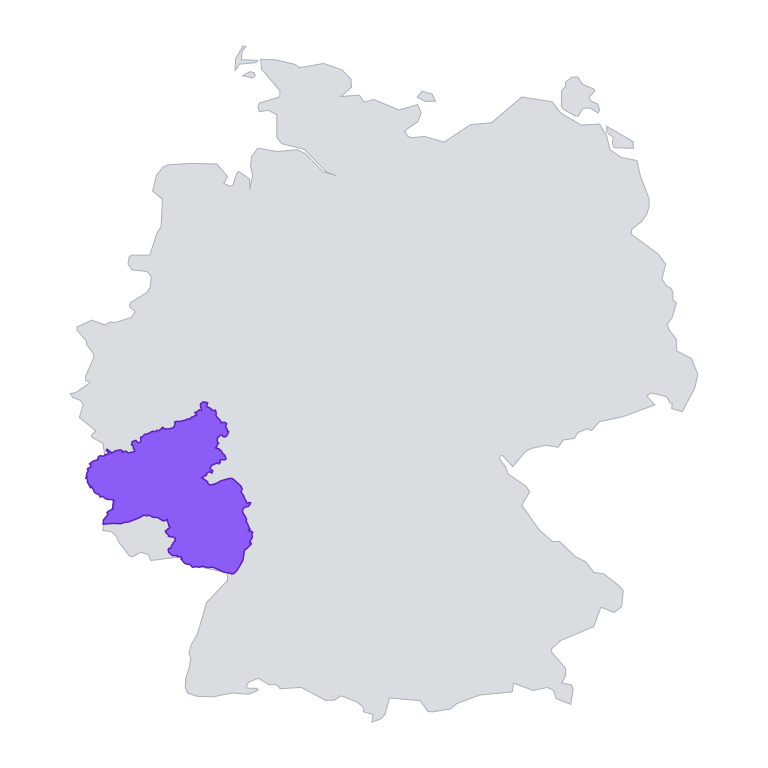 Rheinland-Pfalz highlighted on a map of Germany
{"feature_id": "DEU-1580", "entity_name": "Rheinland-Pfalz", "entity_type": "State", "adm_level": 1, "iso_a3": "DEU", "parent_name": "Germany", "parent_adm1": "", "projection": "robinson", "projection_center": [7.376, 49.945], "detail": "fine", "context": "in_parent", "style": "filled", "palette": "violet", "viewbox_px": 768, "rotation_deg": 0, "n_neighbors": 0, "source": "natural_earth", "source_scale": "10m", "svg_char_len": 9627}
<svg xmlns="http://www.w3.org/2000/svg" viewBox="0 0 768 768"><path d="M325.4,700.3L301.3,687.4L280.1,688.7L276.5,684.5L269.3,684.8L258.4,678.2L248.8,682.1L246.5,685.9L247.2,688.1L257.0,688.4L258.3,690.3L248.4,694.3L232.2,693.0L213.1,696.8L197.0,696.3L187.7,693.1L185.2,687.1L185.8,678.4L189.6,666.7L190.7,658.2L189.0,652.8L191.2,644.6L197.5,633.8L206.6,602.5L227.6,580.4L227.2,572.7L190.8,565.0L184.8,562.8L179.6,557.0L150.8,560.5L148.4,554.6L140.7,552.2L132.7,556.8L129.9,556.3L118.7,542.3L116.0,535.7L110.7,531.4L102.8,530.6L105.2,517.6L112.7,508.1L112.9,500.1L96.9,493.6L88.8,484.7L86.8,474.3L91.5,462.3L104.6,455.1L103.1,443.4L91.9,437.3L91.2,435.3L95.9,430.9L79.4,417.6L83.2,404.3L80.4,400.4L72.7,397.5L70.2,393.5L75.8,392.6L89.0,383.4L89.5,381.9L85.7,380.6L85.3,376.8L93.9,357.3L93.5,353.9L86.6,344.4L86.5,341.1L77.0,330.3L77.0,326.9L92.0,320.1L104.8,325.0L109.6,322.1L115.9,322.4L131.2,317.5L135.3,311.6L129.4,306.7L130.1,302.9L147.3,292.1L150.2,286.9L151.3,277.0L149.0,273.7L146.7,271.5L131.8,269.8L128.0,264.1L129.3,256.5L131.9,255.1L149.8,255.2L156.9,233.3L161.1,226.5L162.4,199.2L152.7,191.1L156.3,175.5L163.0,167.1L168.3,164.8L191.4,163.4L217.0,164.0L227.6,176.7L223.7,183.2L230.0,186.3L232.9,185.1L236.7,173.2L238.8,171.3L249.6,179.2L249.8,189.6L252.6,175.5L250.4,165.7L251.8,156.2L257.8,148.1L276.6,151.5L297.2,149.7L305.1,153.4L323.0,171.8L336.4,175.7L326.1,171.8L304.4,149.4L281.9,143.7L276.8,137.3L276.8,114.8L268.4,110.3L259.3,111.8L258.0,106.7L259.4,103.0L279.7,96.9L280.0,90.8L261.5,69.0L260.6,59.3L276.1,59.9L295.0,64.4L299.6,67.6L323.6,63.5L342.1,69.9L350.9,79.1L351.5,87.1L340.9,96.5L359.3,95.1L364.0,102.0L373.9,99.5L398.9,110.0L417.6,104.6L421.2,113.1L417.7,121.7L404.6,130.8L407.7,136.4L411.9,137.7L424.4,136.5L444.3,142.1L470.5,124.7L491.5,122.8L521.8,97.0L552.2,101.8L560.6,112.9L581.1,125.1L599.6,124.1L606.6,135.6L610.1,149.9L621.1,157.4L636.9,160.6L640.3,175.6L649.1,199.1L649.1,206.4L646.6,214.5L641.8,221.3L631.7,229.4L631.2,234.1L658.2,254.1L665.7,264.2L662.0,278.8L666.4,285.9L670.9,288.3L672.8,291.9L673.1,300.3L676.5,302.8L671.9,318.1L667.2,324.3L668.9,329.6L676.2,339.0L676.7,350.9L691.5,358.6L697.8,374.3L694.8,387.9L682.3,411.8L671.7,408.6L672.2,403.5L670.2,403.1L666.5,396.6L650.8,392.9L646.6,396.0L654.7,404.9L622.9,416.7L599.6,421.6L591.6,430.5L587.3,428.8L578.0,432.6L574.3,438.4L563.0,440.1L558.2,447.3L545.9,445.2L531.1,448.5L524.6,452.2L512.9,466.7L502.7,455.6L500.3,455.6L499.7,459.2L505.8,467.2L508.3,474.0L525.9,486.3L529.8,491.6L521.8,505.3L539.2,529.8L552.1,541.4L559.3,541.3L575.3,556.5L585.7,561.8L593.9,572.4L604.1,574.0L620.0,586.6L623.3,590.9L621.7,606.7L614.2,612.4L600.9,607.2L593.7,626.6L560.7,640.5L551.4,649.0L551.4,651.8L565.4,668.1L565.7,675.4L561.9,682.9L571.5,685.0L573.1,688.8L570.8,704.4L556.2,698.7L553.3,690.2L547.2,687.5L533.0,690.4L513.6,683.2L512.2,691.9L479.3,695.1L456.8,703.6L450.2,709.1L432.2,711.9L427.9,711.4L420.2,700.7L389.6,697.9L385.0,714.2L381.1,718.9L372.0,721.9L373.1,714.5L363.6,711.8L363.1,706.9L356.8,702.0L341.1,695.8L334.2,700.2L325.4,700.3ZM597.8,104.3L599.7,110.1L598.0,113.0L590.3,108.1L582.8,108.2L578.6,115.8L575.2,116.1L563.3,109.2L561.3,105.8L561.7,90.3L565.3,87.0L565.7,82.2L572.0,77.1L577.7,77.0L582.5,84.2L593.8,89.0L594.8,91.1L589.0,97.3L590.5,100.6L597.8,104.3ZM633.0,141.6L633.4,148.4L614.0,147.7L612.3,142.6L613.4,137.6L606.8,132.1L606.6,126.3L633.0,141.6ZM239.1,64.2L235.0,71.1L235.6,58.9L242.8,46.1L245.9,46.4L241.9,52.2L241.3,59.7L257.9,60.4L256.0,62.6L239.1,64.2ZM435.5,101.2L425.3,101.4L417.3,97.1L422.1,91.3L432.1,94.0L435.5,101.2ZM255.2,75.8L252.6,77.9L242.7,75.7L250.0,71.7L254.2,72.7L255.2,75.8Z" fill="#d9dde1" stroke="#a8b0b8" stroke-width="1"/><path d="M86.9,476.9L86.2,476.9L86.6,474.4L87.0,473.2L87.4,472.0L88.1,471.4L88.3,470.8L88.0,470.3L87.4,469.8L87.7,468.5L87.9,468.2L88.5,467.9L89.8,467.8L90.4,467.5L90.8,466.7L90.8,465.7L90.5,464.7L89.5,463.9L90.3,463.2L91.8,462.3L92.5,461.5L93.9,460.9L96.9,460.2L98.2,459.3L97.9,458.5L98.0,457.7L98.5,456.8L99.2,456.2L100.1,455.7L100.9,455.8L102.6,456.2L104.4,455.9L105.3,455.2L105.2,454.5L107.0,454.5L108.9,453.7L108.7,453.1L106.5,450.3L106.5,449.8L106.8,449.4L107.2,449.3L107.5,449.4L108.0,449.8L108.6,450.6L109.0,450.9L110.2,451.4L110.6,451.9L110.8,452.8L111.1,453.0L112.7,452.5L115.9,450.6L119.0,450.2L119.9,449.8L120.8,450.0L122.4,450.8L122.6,451.1L122.1,451.9L122.2,452.1L122.6,452.2L123.3,452.2L124.3,451.8L125.3,451.2L125.8,451.1L127.0,451.9L127.9,452.7L129.0,452.9L132.6,452.0L134.3,451.7L134.7,451.4L134.8,451.0L134.6,450.2L133.7,449.1L133.4,448.5L133.2,447.0L133.2,445.8L132.9,445.5L131.7,445.0L131.4,444.7L131.6,444.0L132.0,443.2L132.1,442.7L132.0,441.8L133.1,441.3L135.7,440.4L136.1,440.5L136.6,441.4L137.5,442.2L137.9,442.5L138.8,442.6L139.8,442.5L140.3,442.0L140.8,441.3L140.9,439.6L140.6,437.4L140.9,437.1L142.5,436.7L143.6,435.7L144.3,434.5L145.3,434.2L146.5,434.1L148.4,433.5L152.1,431.5L152.8,431.2L153.6,431.3L155.0,431.8L155.8,431.6L156.5,430.4L156.9,430.3L158.4,430.7L159.2,430.5L160.8,429.1L161.3,429.0L162.1,427.5L162.2,427.4L162.9,427.5L163.4,427.7L163.6,427.9L163.9,428.5L164.1,428.8L168.0,429.0L168.8,428.9L172.0,428.1L174.1,427.0L174.2,426.8L174.3,425.7L174.5,425.3L174.9,424.7L175.0,422.5L174.7,422.1L175.2,421.7L176.8,421.3L179.4,421.5L185.2,420.2L187.9,419.0L188.5,418.9L189.8,419.1L190.2,418.7L190.7,417.7L191.0,417.5L194.1,416.4L194.9,415.3L195.1,415.2L195.3,415.1L195.8,415.5L196.1,415.5L196.4,415.4L196.6,415.0L196.6,414.1L196.3,413.5L195.0,412.5L197.6,411.3L199.3,409.8L201.2,410.2L201.3,410.2L201.5,410.0L201.5,408.6L201.2,408.0L200.8,407.6L200.6,406.9L200.4,404.7L200.6,403.8L202.7,402.1L203.6,401.9L207.6,402.8L207.4,404.0L206.6,406.0L206.6,406.3L206.7,406.6L207.6,407.1L209.4,407.6L212.1,409.8L213.3,410.6L213.8,410.6L214.9,410.1L215.2,410.2L215.7,411.0L216.2,413.1L216.2,413.8L216.0,415.3L216.0,415.7L216.7,416.7L219.6,419.8L220.8,421.4L221.1,422.1L221.2,422.8L221.4,422.9L221.8,422.9L223.5,422.3L223.9,422.2L224.7,422.4L226.6,423.4L226.3,424.8L225.8,425.8L225.6,426.3L227.0,429.1L227.3,430.4L227.7,431.2L228.4,431.4L228.6,431.9L226.8,435.7L226.4,436.1L225.3,436.8L224.8,437.0L223.8,436.9L223.4,436.7L222.2,435.4L221.7,435.2L221.0,435.3L220.2,435.4L219.9,435.7L218.8,436.8L218.4,437.1L217.7,437.5L217.4,438.5L217.3,441.3L217.4,442.2L217.8,442.6L218.7,443.1L218.5,443.6L217.4,444.4L216.6,446.9L215.7,447.4L215.6,447.9L216.1,448.2L219.2,448.9L219.4,449.1L219.5,449.7L219.6,449.9L220.8,450.4L221.2,450.8L223.0,453.9L223.6,454.5L224.4,454.8L224.9,455.6L225.9,458.2L225.9,458.7L225.8,459.2L225.2,459.6L224.1,459.8L220.6,459.7L220.1,460.1L219.8,461.0L220.5,462.0L219.4,463.6L219.1,463.8L218.6,463.7L218.3,463.6L217.4,462.8L217.0,462.7L216.6,463.0L216.1,463.5L212.1,465.1L211.3,466.1L210.5,467.6L210.3,468.4L210.4,469.0L210.9,469.6L212.4,470.3L212.7,470.6L212.7,471.0L212.2,472.2L212.1,473.0L211.5,472.9L210.4,472.0L209.1,472.2L208.1,472.1L207.8,472.2L207.5,472.4L206.9,473.2L206.7,474.0L206.7,474.8L206.4,475.1L205.7,475.6L204.5,476.1L201.7,477.8L202.0,478.0L202.7,478.2L207.2,481.5L207.7,482.2L207.9,483.3L209.1,484.8L211.9,484.7L214.9,483.9L218.2,482.5L220.9,480.8L229.6,478.4L231.4,478.4L232.3,478.6L233.3,479.1L240.8,485.9L242.2,488.9L241.1,492.0L241.7,493.1L243.2,495.0L243.9,496.2L244.6,498.7L245.9,500.6L246.3,501.3L246.4,502.0L247.0,502.9L248.3,502.8L249.7,502.5L250.6,502.9L250.4,503.7L249.6,504.9L248.1,506.5L245.8,506.8L243.9,507.9L242.7,509.6L242.6,511.9L243.7,514.0L245.4,516.7L246.6,519.4L246.0,521.5L247.4,523.4L248.9,527.2L249.9,528.8L249.9,529.4L248.4,530.0L248.4,530.6L249.6,531.0L250.9,531.1L252.0,531.5L252.7,532.5L251.8,534.2L251.8,534.9L252.3,536.4L252.3,537.3L249.8,541.9L249.7,542.7L251.3,543.2L251.1,544.3L246.3,549.0L245.4,549.4L244.7,550.0L244.2,551.5L243.0,559.9L242.7,560.8L237.6,569.5L236.1,571.4L233.9,573.4L231.8,574.1L231.0,573.4L224.1,572.2L213.1,567.3L211.8,567.2L207.9,567.6L202.1,566.2L201.3,566.4L199.7,567.1L198.8,567.3L195.9,566.6L193.4,567.3L192.4,567.1L191.8,566.6L191.1,565.5L190.6,565.0L189.0,564.3L186.0,563.9L184.5,563.1L183.6,562.1L182.0,560.0L181.0,559.1L181.3,558.6L181.8,558.4L181.4,557.1L180.1,556.7L177.1,556.5L176.8,555.5L175.5,555.5L174.1,555.8L173.9,555.5L172.5,555.6L171.2,554.6L168.8,552.4L168.6,551.3L168.2,550.1L168.2,549.7L168.3,549.3L168.8,548.4L170.0,548.4L170.3,548.2L171.2,547.2L171.7,545.2L172.8,544.2L173.2,542.6L174.6,541.6L175.2,540.8L175.2,540.1L174.9,539.8L175.0,539.3L175.4,538.7L175.0,537.9L174.4,537.6L172.7,537.0L169.2,536.5L168.5,536.2L168.8,535.7L168.7,535.3L165.8,532.5L165.4,531.1L165.7,530.7L166.3,530.4L167.7,529.0L168.8,528.3L169.5,528.0L169.7,527.7L169.8,527.3L169.5,526.2L168.8,526.0L168.7,525.8L168.5,523.4L167.7,522.1L167.3,521.0L167.3,519.7L167.1,519.6L166.9,519.5L165.5,520.4L164.8,520.6L163.5,520.8L162.8,520.7L162.4,520.6L162.0,520.2L159.4,518.7L157.9,517.5L153.3,517.3L152.9,517.2L148.3,515.0L146.9,515.9L146.3,516.0L145.7,515.5L144.8,515.2L144.3,515.1L143.9,515.2L138.6,518.1L128.4,522.0L127.1,522.2L125.4,522.1L120.9,523.7L112.9,523.4L103.1,524.2L103.3,523.3L103.3,520.5L103.7,519.6L104.8,518.2L106.6,516.4L108.0,514.2L107.9,513.6L107.1,513.0L106.9,512.7L108.0,511.5L113.1,508.7L112.5,508.1L112.8,507.7L113.1,507.5L113.7,507.7L113.2,507.2L112.9,506.5L112.7,505.8L112.8,505.0L113.4,504.6L113.5,504.2L113.3,503.8L113.3,503.2L113.6,501.3L113.7,501.2L113.7,500.5L113.9,500.4L113.6,500.0L111.1,499.5L107.8,499.5L106.6,499.2L105.4,498.6L103.5,497.1L102.3,496.5L101.7,496.4L100.6,497.0L100.1,496.9L99.3,495.1L99.0,494.6L98.0,494.1L95.7,493.2L94.6,492.3L92.3,487.8L91.2,486.2L90.4,487.5L89.9,486.7L88.8,484.2L87.6,482.7L87.4,482.0L87.6,481.1L87.1,479.3L86.7,478.5L85.9,478.2L86.9,476.9Z" fill="#8b5cf6" stroke="#5b21b6" stroke-width="1.5"/></svg>